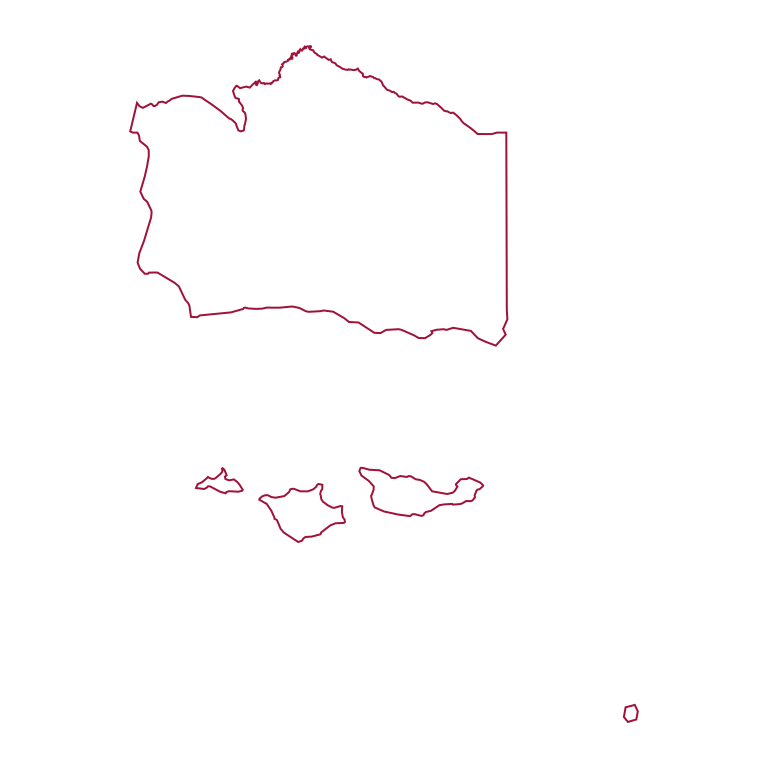 Santa Barbara, California, United States of America
{"feature_id": "52423323B51130837096991", "entity_name": "Santa Barbara", "entity_type": "district", "adm_level": 2, "iso_a3": "USA", "parent_name": "United States of America", "parent_adm1": "California", "projection": "equal_earth", "projection_center": [-120.082, 34.285], "detail": "fine", "context": "isolated", "style": "outline", "palette": "rose", "viewbox_px": 768, "rotation_deg": 0, "n_neighbors": 0, "source": "geoboundaries", "source_scale": "gbopen_adm2", "svg_char_len": 5933}
<svg xmlns="http://www.w3.org/2000/svg" viewBox="0 0 768 768"><path d="M137.0,102.9L130.2,131.4L132.7,132.6L137.4,132.6L139.0,135.5L139.9,141.0L146.9,146.6L148.7,150.1L148.8,156.3L146.9,167.1L144.8,176.4L140.3,191.6L143.7,198.8L147.2,201.8L151.3,210.4L151.6,212.4L151.1,217.5L144.0,240.9L139.3,253.2L137.6,262.7L140.0,268.7L144.7,273.7L147.9,273.8L149.1,272.6L157.4,272.5L174.7,282.9L178.8,286.3L185.2,299.7L188.3,303.3L189.4,305.7L191.0,316.9L197.1,317.2L200.0,315.4L230.9,312.4L243.0,309.0L243.9,307.9L245.1,307.6L248.8,308.5L256.6,308.9L262.6,308.6L266.5,307.6L279.3,307.7L292.3,306.5L299.3,307.9L305.8,311.2L308.5,311.8L320.1,311.2L323.7,310.5L333.2,311.7L344.3,318.2L349.0,322.0L358.6,322.5L374.3,332.8L380.5,333.1L386.1,329.9L398.6,329.2L401.4,329.8L413.8,335.2L418.7,338.0L425.0,338.2L430.3,335.0L432.4,333.0L431.4,331.2L436.4,329.8L443.5,329.2L446.5,329.9L453.2,327.8L470.9,330.9L477.8,338.2L485.9,341.9L495.8,345.6L505.7,334.7L503.1,328.9L507.4,319.3L506.8,310.3L506.3,132.6L497.0,132.6L491.6,134.1L477.6,134.0L473.8,130.6L469.7,127.4L463.5,123.1L461.6,121.0L460.7,119.5L458.9,117.5L455.8,114.6L453.1,112.6L451.0,113.0L449.2,112.4L447.4,111.3L446.2,111.3L444.1,110.7L441.6,108.1L437.1,104.1L435.3,103.3L433.1,104.0L427.7,102.3L425.1,102.4L422.4,103.8L419.7,103.1L418.6,102.6L412.7,102.7L410.4,100.6L407.3,99.4L402.2,96.5L399.4,96.7L398.3,96.0L396.5,93.7L394.8,92.9L393.8,91.8L392.1,92.1L389.6,90.6L386.9,89.7L384.2,86.4L383.0,85.4L382.5,83.8L381.5,81.7L379.2,79.6L377.0,79.1L375.2,78.2L374.2,78.1L373.2,77.1L370.8,76.3L369.9,76.1L366.5,77.5L365.6,76.9L364.5,77.1L363.1,76.2L362.8,74.7L363.0,74.1L362.5,73.4L361.6,72.9L359.5,71.2L358.5,69.9L357.8,68.6L355.8,69.8L354.8,70.0L353.3,70.1L351.2,69.6L349.1,69.6L348.6,69.3L347.6,69.9L345.1,69.5L342.2,68.6L340.4,67.3L336.5,65.1L335.4,63.4L331.8,61.9L330.7,59.3L328.7,59.9L324.1,56.5L322.1,57.6L317.2,54.8L317.0,54.2L314.4,52.5L313.5,51.2L313.4,50.4L310.4,49.6L309.7,49.1L309.3,48.3L310.1,48.0L310.9,47.1L311.0,46.4L310.1,46.1L309.1,46.5L307.4,46.4L306.5,46.7L306.1,47.3L306.1,47.9L305.6,48.1L305.2,47.7L305.2,47.1L304.8,46.6L304.2,47.3L304.3,47.8L304.2,48.6L303.7,48.7L303.1,48.5L302.6,49.1L302.7,49.6L302.2,50.5L301.3,50.6L300.6,49.9L300.2,49.3L299.8,50.0L299.3,50.5L299.1,51.3L299.3,51.7L299.1,52.6L298.5,52.9L298.0,52.6L297.7,52.1L296.8,54.0L296.8,55.0L296.7,55.5L296.1,55.7L295.6,55.3L295.9,54.0L295.5,53.7L295.1,53.8L294.4,53.1L293.9,53.1L293.5,54.0L293.0,54.3L292.2,53.6L291.7,54.1L291.9,55.0L292.3,55.5L292.2,55.7L291.3,56.0L291.1,56.5L291.2,57.0L291.7,57.3L292.0,57.2L292.5,57.6L292.4,58.2L292.0,58.8L291.2,58.7L290.1,58.3L289.8,58.9L289.9,59.2L289.8,59.5L288.8,59.3L288.0,59.9L288.1,60.5L287.9,60.9L286.0,61.7L284.2,62.1L283.3,63.8L282.7,64.1L282.5,63.9L282.1,64.3L282.5,64.6L282.7,66.3L282.3,66.9L280.8,67.4L280.4,69.9L279.6,71.1L279.0,72.6L279.5,74.0L279.8,74.5L279.9,74.9L279.7,75.1L279.5,75.5L279.7,75.9L280.0,76.2L280.2,77.3L279.3,77.5L278.4,78.1L277.8,80.1L277.1,80.3L274.4,80.5L273.3,81.2L272.6,82.4L271.3,82.9L271.3,83.3L271.4,83.6L270.6,84.0L269.6,83.4L268.4,83.7L266.3,83.4L265.0,84.1L264.5,83.9L264.5,83.5L263.9,82.9L262.2,83.4L261.4,83.2L260.5,82.5L259.2,80.3L258.4,80.9L258.0,81.7L257.8,83.2L256.9,85.1L256.2,84.9L255.9,84.0L255.8,82.6L256.0,82.1L255.9,81.7L255.6,81.7L255.2,82.2L254.8,82.9L253.1,84.1L249.8,87.6L246.1,86.6L240.1,88.2L236.8,85.7L236.3,85.8L234.3,88.5L233.0,91.1L234.5,95.8L235.3,97.7L236.5,98.4L237.2,98.3L238.9,99.0L239.0,101.6L242.1,105.6L243.1,108.1L242.5,109.6L242.9,111.1L244.7,112.5L245.4,114.2L246.0,118.9L244.9,124.4L244.5,125.0L244.0,129.9L243.4,130.7L242.7,130.7L240.8,131.4L238.4,130.4L236.3,125.2L236.2,124.2L235.3,122.9L233.1,120.8L231.3,119.3L229.1,118.4L220.5,110.9L211.8,104.5L204.6,99.7L202.4,98.0L201.5,97.5L199.9,97.1L188.5,95.9L182.3,95.7L171.8,98.8L169.2,100.8L167.7,101.5L165.9,103.0L162.5,101.7L161.9,101.7L158.7,102.3L156.8,105.0L154.8,106.0L153.6,106.1L151.7,104.0L150.8,103.7L144.4,107.1L142.9,107.8L139.6,106.3L137.0,102.9ZM360.6,467.9L359.3,471.1L361.5,475.6L368.7,480.8L373.7,486.3L373.6,489.8L371.8,494.7L371.1,495.8L371.7,499.1L373.5,505.2L374.7,507.4L384.1,511.5L398.5,514.6L410.1,516.1L412.5,514.2L414.8,514.2L421.5,515.9L423.5,515.2L424.2,513.5L425.9,512.0L431.0,510.8L439.4,505.2L444.1,504.4L452.3,503.9L452.9,504.6L459.7,504.1L461.8,503.6L466.2,501.0L470.9,501.2L472.7,500.3L475.0,497.2L474.6,495.4L476.4,490.8L477.5,489.6L479.5,489.2L482.8,486.3L483.1,485.4L480.4,482.6L468.9,477.6L466.9,479.0L460.8,479.2L455.9,484.2L456.0,485.0L457.4,486.5L455.0,490.7L452.8,492.7L447.1,494.0L432.1,491.3L426.5,484.0L424.1,481.8L419.8,479.9L415.8,479.3L410.9,476.3L408.4,476.1L407.6,476.8L406.2,476.9L400.3,476.0L394.8,478.1L391.4,477.8L389.2,475.0L379.6,470.3L369.2,469.7L362.5,467.8L360.6,467.9ZM259.6,498.6L259.3,499.7L266.7,503.9L271.3,510.7L274.2,517.0L274.6,518.9L276.5,519.7L277.3,520.8L280.6,528.8L283.7,532.5L298.2,542.0L302.1,540.6L303.3,538.5L305.4,537.0L311.8,536.6L320.4,534.3L320.8,533.8L320.9,533.1L321.3,532.3L330.3,525.4L335.4,523.3L343.8,522.9L344.9,522.1L344.6,519.7L342.8,517.1L341.9,511.8L342.2,506.3L340.5,506.0L334.5,507.8L332.3,507.6L327.8,505.3L323.0,501.7L321.4,499.4L320.7,495.4L320.2,494.0L321.0,490.8L322.2,489.3L322.4,484.8L318.8,484.0L318.0,484.2L316.7,485.5L316.4,486.7L313.1,489.4L308.0,491.3L300.3,491.3L293.9,488.8L292.5,488.8L290.3,489.3L289.1,492.0L284.3,496.1L275.5,497.7L271.6,497.1L267.7,495.2L265.0,495.3L262.3,496.3L259.6,498.6ZM197.6,484.2L196.0,488.0L204.3,489.0L206.8,487.6L208.0,486.3L209.8,486.3L220.3,491.8L225.6,493.3L226.4,492.1L228.8,491.2L238.2,491.7L242.0,490.8L242.8,489.8L239.4,484.5L237.6,482.3L233.9,479.4L229.0,480.4L225.4,478.9L224.9,476.6L226.6,475.2L224.3,469.6L222.5,468.2L221.9,468.8L222.4,470.4L222.3,471.8L220.6,473.8L215.5,478.2L213.9,478.9L211.6,478.8L209.2,477.8L208.0,477.0L206.9,478.2L201.9,482.3L197.6,484.2ZM625.6,707.3L623.9,717.0L627.9,721.9L636.3,719.5L637.8,711.4L634.8,704.9L625.6,707.3Z" fill="none" stroke="#9f1239" stroke-width="2"/></svg>